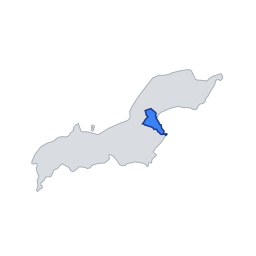 Malawi, with Dedza highlighted, rotated 254°
{"feature_id": "MWI-1907", "entity_name": "Dedza", "entity_type": "District", "adm_level": 1, "iso_a3": "MWI", "parent_name": "Malawi", "parent_adm1": "", "projection": "mercator", "projection_center": [34.115, -14.229], "detail": "fine", "context": "in_parent", "style": "filled", "palette": "blue", "viewbox_px": 256, "rotation_deg": 254, "n_neighbors": 0, "source": "natural_earth", "source_scale": "10m", "svg_char_len": 4362}
<svg xmlns="http://www.w3.org/2000/svg" viewBox="0 0 256 256"><g transform="rotate(254 128 128)"><path d="M99.5,147.5L98.1,145.6L96.9,146.1L95.3,147.5L94.4,147.8L94.0,147.8L93.7,147.4L93.3,146.6L92.1,144.0L90.7,142.2L89.2,141.5L88.0,140.7L88.5,139.9L89.1,139.3L88.8,138.7L88.1,137.8L85.5,136.6L85.5,136.0L87.8,135.0L89.3,133.7L90.3,132.4L91.5,129.7L92.6,127.0L93.3,126.1L93.6,124.3L93.4,122.3L93.9,119.7L94.2,117.3L93.4,116.4L92.7,114.7L93.5,111.9L94.7,110.0L100.6,108.0L104.7,106.2L105.5,105.4L106.9,103.9L107.7,102.4L107.1,101.9L103.9,101.9L103.1,101.3L100.8,96.0L102.1,90.0L102.2,87.6L102.2,84.7L101.8,82.5L100.8,81.6L100.1,80.5L100.3,77.3L101.3,76.9L103.3,72.8L104.2,70.3L103.1,68.4L101.9,65.6L101.4,63.8L101.1,63.2L101.9,62.1L103.3,61.0L104.8,60.7L106.4,60.2L111.6,55.1L111.6,54.1L110.7,52.3L108.8,49.7L108.4,48.6L108.1,45.5L107.4,44.6L104.6,42.5L102.4,40.2L103.1,38.0L103.4,35.5L102.4,34.2L100.8,32.8L99.8,30.7L99.3,29.2L98.1,28.6L96.9,28.6L96.1,29.5L95.2,29.4L94.1,29.1L93.7,27.8L93.6,26.4L92.9,25.4L92.1,24.1L92.1,23.3L92.5,23.1L93.5,23.0L97.6,25.7L100.1,25.8L102.9,26.3L105.3,28.7L106.5,29.0L108.1,28.7L112.6,28.5L114.4,28.8L116.7,30.2L117.6,30.4L119.1,30.4L119.3,30.1L119.5,29.2L119.2,27.6L119.6,26.7L120.5,25.7L122.9,26.8L129.0,32.0L129.2,32.7L133.1,37.8L134.4,40.0L134.4,41.2L135.6,45.7L135.9,47.8L135.6,49.4L135.7,50.7L136.1,52.5L136.0,53.3L137.4,56.0L138.0,58.3L138.2,60.5L137.8,62.6L136.6,65.8L136.3,67.1L136.6,68.2L137.4,69.5L138.7,70.8L139.7,72.5L140.4,74.4L141.0,75.3L141.7,75.2L143.0,75.5L144.1,76.7L145.3,78.5L145.7,80.7L145.9,81.6L142.4,81.6L138.0,81.9L136.9,82.8L136.6,84.6L135.2,88.5L134.4,89.9L132.8,92.6L130.5,96.2L130.0,97.4L130.1,98.7L131.4,103.7L132.9,109.0L133.3,111.0L134.3,118.0L134.9,123.0L135.0,125.9L135.4,129.8L136.7,131.9L138.0,133.2L143.0,134.0L144.5,135.0L147.3,137.5L153.5,144.4L156.9,148.8L159.9,152.7L165.2,159.9L169.3,165.5L169.8,170.7L170.5,171.5L169.1,175.4L168.2,181.7L168.9,185.9L168.6,193.1L167.8,200.7L166.9,203.4L165.7,204.5L162.8,205.3L156.4,206.2L155.5,207.1L154.7,208.6L153.4,212.2L151.9,215.7L151.4,217.2L151.7,217.6L153.0,219.4L154.4,224.1L154.6,232.0L154.2,232.6L152.3,233.0L150.3,232.9L149.4,232.4L148.7,231.5L148.1,229.8L149.5,228.6L149.9,226.6L149.1,224.8L147.4,224.4L145.2,222.8L140.6,217.4L136.7,213.7L134.5,210.6L132.2,209.4L131.6,208.6L131.0,207.3L131.0,205.4L131.2,204.0L130.5,202.5L128.2,200.1L127.1,198.7L127.1,197.2L128.0,195.6L130.0,193.7L131.5,190.0L132.0,187.5L134.8,182.6L135.2,178.3L135.3,174.9L135.1,172.3L134.4,167.1L133.9,163.5L130.5,158.7L129.3,158.3L126.1,158.7L123.3,159.4L121.9,160.4L119.8,160.4L114.3,161.3L112.5,161.6L111.5,162.5L111.0,162.7L107.5,159.0L104.5,155.1L100.6,148.4L99.5,147.5ZM139.6,96.0L138.6,96.2L138.0,95.7L138.2,94.3L138.5,93.2L139.4,93.1L140.1,93.4L140.5,93.8L140.5,94.6L140.3,95.4L139.6,96.0ZM137.5,93.4L137.0,94.8L135.9,94.8L134.9,93.5L135.2,92.5L136.2,92.2L137.0,92.6L137.5,93.4Z" fill="#d9dde1" stroke="#a8b0b8" stroke-width="1"/><path d="M111.7,163.7L111.2,163.6L110.9,163.3L110.7,162.9L110.5,162.5L111.0,162.2L111.2,161.9L111.5,161.7L112.3,160.6L112.4,160.3L112.4,159.1L112.5,158.7L112.7,158.3L112.8,158.0L113.1,157.7L113.4,157.5L115.2,156.6L115.5,156.4L115.9,156.0L116.4,155.6L116.7,155.5L117.2,155.6L117.5,155.5L118.1,155.2L118.4,155.2L118.6,155.2L118.8,155.1L119.0,154.9L119.2,154.4L119.3,153.2L119.4,152.8L119.6,152.5L120.0,152.3L121.0,152.2L121.3,152.0L121.6,151.7L121.9,151.4L122.2,151.0L122.6,150.7L123.0,150.3L123.3,149.5L123.5,149.2L123.7,148.8L124.1,148.4L124.4,147.9L124.8,147.5L125.0,147.2L125.8,145.8L125.9,145.5L126.0,145.2L126.4,144.9L127.1,144.4L127.6,143.9L128.1,143.1L129.2,144.8L130.8,146.4L131.2,146.8L132.1,148.4L132.9,149.7L133.4,150.1L133.7,150.3L133.8,150.2L134.5,149.5L134.6,149.4L134.8,149.3L134.9,149.2L135.1,149.2L140.0,149.3L140.3,154.3L140.3,155.4L138.2,156.7L136.2,158.2L134.7,158.9L134.3,159.0L134.0,158.9L133.7,158.7L133.3,158.5L133.1,158.3L132.9,158.2L132.7,158.1L132.1,158.0L131.5,157.9L131.3,157.9L131.2,158.0L130.9,158.2L130.6,158.4L130.4,158.1L129.6,157.7L129.4,157.8L129.2,157.9L129.0,158.1L128.8,158.2L128.6,158.2L128.2,158.2L125.4,159.1L123.5,159.2L122.6,159.6L122.4,159.8L122.1,160.5L121.9,160.7L119.1,160.3L118.4,160.3L117.6,160.5L116.1,161.4L115.4,161.7L114.6,161.6L113.2,160.5L112.6,160.7L112.2,161.3L112.0,162.1L112.0,163.0L111.9,163.5L111.7,163.7Z" fill="#3b82f6" stroke="#1e3a8a" stroke-width="1.5"/></g></svg>